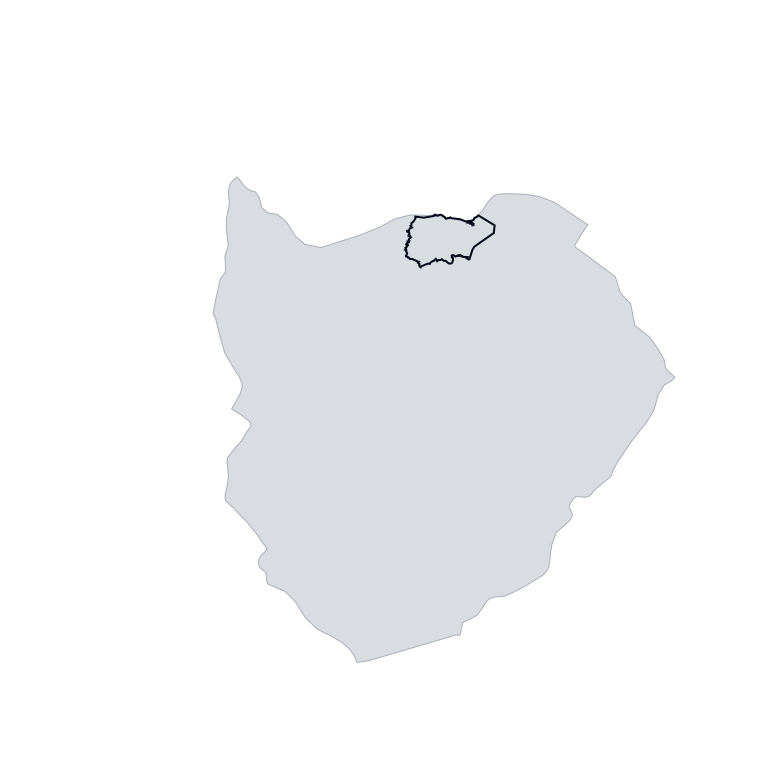 location of Kariba, Mashonaland West, Zimbabwe, rotated 34°
{"feature_id": "62879985B94385115404707", "entity_name": "Kariba", "entity_type": "district", "adm_level": 2, "iso_a3": "ZWE", "parent_name": "Zimbabwe", "parent_adm1": "Mashonaland West", "projection": "natural_earth1", "projection_center": [28.545, -16.89], "detail": "medium", "context": "in_parent", "style": "outline", "palette": "ink", "viewbox_px": 768, "rotation_deg": 34, "n_neighbors": 0, "source": "geoboundaries", "source_scale": "gbopen_adm2", "svg_char_len": 4031}
<svg xmlns="http://www.w3.org/2000/svg" viewBox="0 0 768 768"><g transform="rotate(34 384 384)"><path d="M517.0,630.0L511.4,625.8L503.9,623.1L494.3,621.8L481.8,622.4L466.4,624.6L449.9,621.9L432.3,614.1L417.6,611.3L400.2,614.7L399.4,614.8L396.4,612.2L391.6,606.5L383.6,605.5L381.4,604.1L379.7,602.0L378.5,599.3L378.0,596.3L379.4,586.9L378.7,585.9L376.5,584.7L372.1,583.6L361.6,579.4L348.4,575.3L327.0,570.7L318.6,569.6L316.7,568.2L314.3,564.7L310.1,554.0L306.3,546.9L297.0,535.9L295.5,532.5L296.0,523.8L296.7,516.8L297.6,510.8L297.2,505.2L297.0,498.3L297.3,493.6L296.1,491.6L292.7,490.2L283.2,489.6L271.6,489.8L271.2,482.8L270.1,471.9L267.9,465.6L265.2,462.3L259.9,458.9L249.2,454.3L234.5,447.2L221.9,436.7L207.5,423.6L203.0,421.4L197.7,409.1L189.5,388.1L190.0,381.1L188.8,377.7L180.9,367.4L179.1,362.1L177.7,356.7L165.1,341.6L160.9,335.0L157.6,326.5L154.3,319.8L151.6,317.0L148.0,312.4L145.5,307.2L144.4,303.3L145.3,298.0L146.5,294.4L158.4,298.2L164.9,298.5L170.0,296.6L176.3,299.1L183.8,305.9L192.0,307.2L200.8,303.0L212.8,304.3L227.9,311.1L240.4,312.4L255.2,306.4L268.4,289.7L280.9,273.9L293.1,255.8L300.5,241.1L311.4,229.1L325.7,219.9L340.3,212.2L362.6,202.7L367.0,194.8L368.5,186.2L368.5,174.3L369.7,166.6L372.0,163.1L375.7,160.4L380.5,156.8L395.2,147.7L407.6,141.9L422.6,138.2L439.0,138.1L454.8,138.1L463.8,138.0L463.9,149.5L464.6,162.4L466.4,163.6L478.3,163.9L497.4,164.8L515.8,165.7L527.5,175.1L531.4,177.0L543.6,179.6L559.2,195.2L577.9,196.6L590.8,201.5L602.1,206.8L608.7,213.3L612.9,214.7L618.6,215.2L621.4,215.8L620.7,220.4L616.9,228.2L617.3,239.4L622.5,255.0L623.1,268.5L621.3,292.4L621.2,315.5L621.7,323.7L622.6,329.2L623.6,332.2L623.4,335.6L620.2,345.3L617.7,355.5L617.5,359.6L616.6,362.4L614.7,365.0L606.5,369.7L605.1,372.6L605.1,377.9L606.1,382.3L609.1,384.0L612.8,386.5L614.2,389.8L614.2,393.3L613.0,399.8L609.7,410.5L612.8,422.8L616.5,430.8L621.4,440.1L623.5,445.8L623.4,449.9L622.6,453.9L614.9,470.8L609.4,481.3L602.6,492.6L593.8,499.6L591.5,503.0L590.6,506.9L590.8,515.3L590.4,524.2L582.8,537.8L587.4,549.4L586.3,550.5L583.7,552.2L572.8,565.4L561.8,578.7L553.8,588.4L544.7,599.5L534.4,611.8L525.7,622.4L517.0,630.0Z" fill="#d9dde1" stroke="#a8b0b8" stroke-width="1"/><path d="M331.0,265.9L332.8,265.4L333.3,265.8L333.9,265.4L335.8,265.9L337.3,264.6L342.6,263.7L343.9,264.2L343.7,263.6L344.3,263.3L344.2,263.7L345.0,264.3L344.9,264.6L346.4,264.8L346.7,265.7L347.9,266.7L349.1,266.7L348.9,265.9L353.0,259.7L354.9,258.7L354.6,257.6L355.0,256.1L356.5,253.9L357.0,251.3L359.4,252.4L359.7,250.9L361.5,249.6L362.2,248.2L364.2,248.5L366.4,247.4L370.2,247.9L372.2,246.7L372.7,245.2L372.1,243.1L371.2,241.5L370.3,240.8L369.5,241.1L369.3,240.3L368.4,239.8L368.9,238.7L370.0,238.2L372.0,238.4L373.4,236.0L373.9,236.2L374.3,235.3L374.8,235.6L375.5,234.4L376.5,234.8L377.3,234.1L378.0,234.7L381.6,232.4L381.5,232.9L382.1,232.6L382.1,233.2L383.4,232.8L383.5,233.3L384.0,232.9L384.7,233.3L385.1,232.8L382.3,223.4L382.1,219.6L390.6,197.4L387.0,190.6L367.9,191.5L367.5,193.6L366.1,195.7L366.5,197.8L366.0,199.2L363.7,201.0L365.0,201.0L365.7,201.9L366.7,201.2L368.3,201.1L368.2,201.9L369.2,202.1L368.6,203.0L367.6,202.1L365.4,203.0L363.9,202.3L363.6,202.7L363.6,202.4L363.1,202.5L363.4,202.9L363.2,203.0L363.0,202.7L362.9,202.7L362.2,203.7L362.6,201.9L361.4,203.4L355.1,204.8L346.6,209.1L345.8,208.8L345.4,209.7L342.7,212.5L340.7,211.5L339.3,211.9L338.2,211.5L335.9,212.2L333.8,214.8L331.8,214.9L331.8,216.1L330.9,216.4L330.8,217.4L323.9,223.9L316.4,227.7L317.4,229.1L317.6,233.0L316.8,235.3L318.0,237.3L317.6,238.1L319.7,238.6L318.5,240.0L318.8,242.8L317.5,244.1L318.4,244.8L319.4,243.9L319.9,244.0L321.3,245.7L321.0,246.4L321.4,247.4L322.9,246.6L324.4,247.3L324.4,247.9L323.7,248.9L323.9,250.9L324.6,251.6L325.1,251.4L325.2,252.2L324.0,252.8L324.9,253.5L324.4,254.3L325.7,255.2L324.9,255.4L324.7,254.8L324.3,255.7L326.1,256.2L325.7,257.0L326.2,257.5L325.7,259.0L326.2,259.1L326.3,260.2L326.8,259.7L327.8,260.6L327.7,261.5L330.0,262.5L330.5,263.8L330.4,265.2L331.0,265.9Z" fill="none" stroke="#020617" stroke-width="2"/></g></svg>